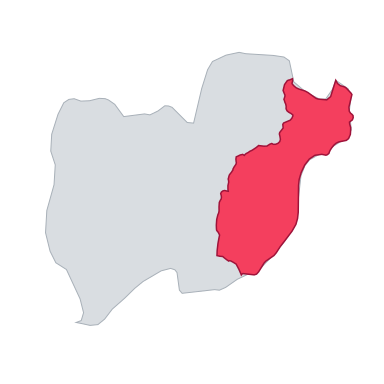 location of Western within Rwanda, rotated 189°
{"feature_id": "RWA-3492", "entity_name": "Western", "entity_type": "Province", "adm_level": 1, "iso_a3": "RWA", "parent_name": "Rwanda", "parent_adm1": "", "projection": "natural_earth1", "projection_center": [29.348, -2.109], "detail": "fine", "context": "in_parent", "style": "filled", "palette": "rose", "viewbox_px": 384, "rotation_deg": 189, "n_neighbors": 0, "source": "natural_earth", "source_scale": "10m", "svg_char_len": 3337}
<svg xmlns="http://www.w3.org/2000/svg" viewBox="0 0 384 384"><g transform="rotate(189 192 192)"><path d="M149.6,99.3L154.4,99.1L185.9,90.4L189.1,93.1L194.2,110.1L196.8,112.5L201.2,113.2L210.1,109.3L226.3,96.0L233.4,88.0L241.8,76.7L252.4,63.9L258.4,52.8L264.2,46.3L271.8,44.3L280.2,44.8L286.1,45.0L281.3,47.7L280.2,55.8L285.8,68.9L303.9,95.8L315.4,100.8L322.9,111.3L330.3,128.9L332.5,151.0L329.4,177.6L331.3,197.4L337.9,210.3L339.6,227.1L336.5,247.8L332.6,260.1L328.1,264.2L323.0,265.7L316.0,264.4L307.5,266.1L298.2,270.0L292.4,270.6L288.8,269.8L282.0,266.5L271.2,255.8L251.1,261.7L245.6,261.6L238.3,266.7L232.3,272.9L228.6,273.3L224.9,272.5L207.6,259.9L201.2,260.3L198.6,295.7L195.7,315.3L192.2,324.1L179.8,332.5L167.3,337.3L160.5,337.0L133.0,339.6L122.3,339.7L116.4,336.8L108.7,316.7L94.1,307.8L80.2,303.7L74.5,304.8L69.4,315.3L67.3,324.7L53.8,318.3L49.7,310.3L49.3,296.9L44.4,278.4L47.1,270.6L52.5,265.5L63.7,255.8L80.8,242.3L84.5,235.9L86.9,225.2L85.8,200.2L84.1,179.2L86.2,171.7L94.0,155.5L104.4,138.8L116.6,121.2L124.0,119.5L133.7,112.8L143.9,103.0L149.6,99.3Z" fill="#d9dde1" stroke="#a8b0b8" stroke-width="1"/><path d="M110.5,319.6L110.0,317.3L110.2,315.3L110.1,314.6L108.3,313.0L105.6,311.3L102.5,310.4L96.3,309.5L93.1,308.4L84.2,303.9L81.8,303.5L73.3,304.1L70.0,307.9L67.5,324.8L65.2,321.9L62.2,320.2L57.9,319.7L55.9,318.8L50.5,314.6L49.3,313.3L50.3,300.4L49.3,296.4L47.8,294.7L46.2,293.8L44.9,292.7L44.4,290.6L44.9,288.3L47.4,285.7L46.9,283.7L45.4,280.6L44.9,277.2L44.6,273.6L45.7,269.2L47.7,267.1L51.7,265.6L54.7,264.5L57.2,262.8L59.3,260.3L61.0,257.3L62.1,254.8L62.6,252.9L62.8,251.5L64.3,249.9L65.5,249.3L69.7,249.5L76.3,247.5L81.3,242.9L84.9,236.3L87.2,228.3L88.1,221.2L87.8,215.2L83.9,188.6L83.6,182.4L84.3,176.3L87.1,168.9L92.5,158.8L96.3,151.9L99.3,145.1L101.1,142.1L108.2,135.3L109.7,133.1L113.7,123.6L115.4,121.0L117.6,119.9L128.8,119.4L129.2,119.3L129.5,119.1L129.8,118.7L130.3,117.8L130.9,118.8L133.6,123.0L137.1,127.7L140.2,129.0L143.0,130.0L144.2,130.0L145.2,129.5L145.8,130.0L146.5,130.2L148.9,131.5L151.6,133.1L154.6,132.9L157.4,133.1L158.0,138.2L158.3,145.2L158.2,150.1L158.0,153.8L159.8,156.3L161.4,157.7L161.8,158.3L162.2,160.0L162.8,163.1L163.3,168.8L162.9,173.5L162.4,175.4L162.3,177.5L163.0,181.6L163.4,186.1L162.7,188.3L162.1,189.6L162.1,191.5L162.7,193.4L163.4,194.8L163.0,196.5L161.7,197.9L160.0,198.6L157.8,198.4L156.3,198.4L156.9,200.2L157.5,203.9L157.3,207.5L157.8,209.3L158.3,210.5L158.1,211.9L158.0,213.4L157.7,214.9L156.7,216.7L156.0,217.9L155.7,218.8L155.1,219.8L155.1,221.1L154.3,223.4L152.9,226.3L152.8,228.0L153.2,229.0L153.8,231.4L153.8,233.7L152.6,234.4L151.1,235.5L150.0,236.2L148.9,236.6L147.8,237.1L146.9,236.7L146.1,236.3L145.5,237.3L144.6,238.4L142.8,239.7L141.2,241.3L139.2,242.6L135.6,245.9L133.4,248.4L132.6,248.3L130.8,248.4L128.3,248.5L125.3,249.0L122.6,251.4L120.8,252.4L119.1,251.8L116.9,252.2L114.7,253.5L113.2,255.5L112.9,257.8L113.8,260.6L114.8,263.0L114.7,264.5L113.2,267.2L112.0,269.5L112.4,271.1L112.9,273.0L112.3,274.5L109.3,276.4L106.2,278.3L104.9,280.5L104.3,282.7L104.4,283.8L106.2,284.9L108.9,285.9L110.8,287.0L112.1,288.9L112.4,291.4L113.2,293.5L114.3,295.2L115.1,296.9L115.7,297.9L115.4,299.6L115.2,301.2L115.4,302.3L116.2,303.6L117.9,306.5L117.4,312.6L115.3,316.9L114.0,317.7L113.2,317.9L110.5,319.6Z" fill="#f43f5e" stroke="#9f1239" stroke-width="1.5"/></g></svg>